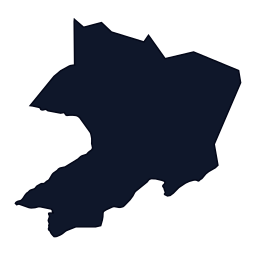 the border of Gbapolu
{"feature_id": "LBR-1459", "entity_name": "Gbapolu", "entity_type": "County", "adm_level": 1, "iso_a3": "LBR", "parent_name": "Liberia", "parent_adm1": "", "projection": "orthographic", "projection_center": [-10.534, 7.419], "detail": "fine", "context": "isolated", "style": "filled", "palette": "ink", "viewbox_px": 256, "rotation_deg": 0, "n_neighbors": 0, "source": "natural_earth", "source_scale": "10m", "svg_char_len": 2679}
<svg xmlns="http://www.w3.org/2000/svg" viewBox="0 0 256 256"><path d="M30.2,105.6L54.0,76.4L60.8,70.7L69.2,66.1L70.5,65.6L74.6,65.0L74.2,21.5L74.4,19.4L83.6,27.3L101.5,22.6L111.4,32.0L143.9,42.0L148.5,35.3L165.1,58.7L193.6,52.0L238.6,70.6L240.6,82.7L214.2,144.2L217.9,165.2L215.3,167.7L208.7,171.5L205.8,173.8L202.3,178.0L201.5,178.8L200.4,179.3L199.5,180.2L198.7,180.9L197.7,180.7L196.8,180.2L195.7,180.0L194.5,180.0L193.5,180.1L189.2,181.3L185.5,183.0L178.8,187.5L173.3,193.1L170.2,195.4L167.5,195.9L165.5,194.9L165.0,194.7L164.6,194.4L164.5,194.0L164.8,193.6L165.1,193.3L165.3,192.8L165.3,192.4L164.8,190.6L164.5,190.0L164.0,188.1L163.6,187.4L163.1,186.8L162.8,186.2L162.9,185.6L163.4,184.9L164.2,184.2L164.6,183.6L164.9,182.6L164.9,182.1L164.8,181.6L164.5,181.3L162.0,180.3L155.7,178.8L151.1,178.6L149.2,179.4L148.6,179.9L147.1,181.9L135.4,191.4L134.5,192.6L132.8,195.9L130.0,199.7L124.3,205.6L123.0,206.6L121.6,207.0L120.2,207.3L118.9,207.3L114.3,206.5L113.7,206.5L112.3,206.9L106.4,209.6L104.6,210.7L103.5,211.5L103.2,212.1L103.0,212.8L102.8,216.8L102.3,219.9L100.7,225.6L95.5,226.8L75.8,226.8L66.5,230.5L65.1,231.4L63.3,232.9L61.8,234.0L60.0,235.0L56.7,236.4L55.2,236.6L54.1,236.6L52.9,235.4L51.6,233.9L51.0,233.0L50.6,232.2L50.4,231.5L50.0,231.0L48.7,229.8L48.5,228.8L48.6,228.3L49.0,227.3L49.0,226.7L48.8,225.5L48.9,224.9L49.3,224.2L49.3,223.5L49.1,222.8L48.8,222.1L48.4,220.9L48.3,220.4L48.4,219.9L48.7,219.3L48.8,218.7L49.1,218.0L49.4,216.8L49.5,216.3L49.4,215.8L49.2,215.2L48.8,214.5L48.7,213.9L48.7,213.4L49.1,213.1L49.8,213.1L52.6,213.1L53.2,213.0L53.3,212.6L52.9,212.2L52.6,211.9L52.4,211.4L52.5,210.7L52.2,210.0L51.2,209.0L40.1,206.7L39.2,206.7L38.4,206.7L35.0,207.6L31.2,207.9L29.1,207.6L19.2,204.1L18.0,204.2L16.7,204.7L15.4,203.4L15.9,202.5L17.2,201.6L18.3,201.2L20.6,200.7L21.8,199.8L23.0,198.4L25.0,195.3L26.7,193.2L27.6,192.7L28.2,192.2L29.4,191.0L30.1,190.4L30.9,190.0L33.7,189.1L34.6,188.7L35.3,188.1L36.7,186.3L37.6,185.7L40.8,183.9L41.7,183.6L43.4,183.7L44.2,183.4L44.9,183.0L45.6,182.3L46.9,181.2L48.4,180.4L48.9,179.9L49.3,179.5L52.1,174.7L52.8,173.8L53.5,173.1L57.2,170.5L57.8,169.9L58.3,169.2L59.0,168.7L59.8,168.2L60.8,167.9L65.1,167.0L78.0,159.1L80.6,156.7L81.4,156.2L82.2,155.8L86.0,154.6L86.7,154.2L87.4,153.6L87.9,152.9L89.2,151.7L91.6,150.0L92.3,148.9L92.6,147.6L91.7,143.5L91.8,141.9L91.8,138.4L91.1,134.7L90.6,133.0L90.1,132.1L79.7,117.6L78.1,116.3L76.3,115.5L72.7,115.1L69.9,115.1L66.9,115.4L65.8,114.9L64.3,112.5L61.7,112.9L60.7,113.1L47.9,110.7L46.4,109.6L45.9,109.3L45.5,109.3L43.0,109.9L42.0,109.9L41.4,109.7L40.8,109.4L40.3,108.1L39.5,107.6L38.9,107.3L32.5,105.9L30.2,105.6Z" fill="#0f172a" stroke="#020617" stroke-width="1.5"/></svg>